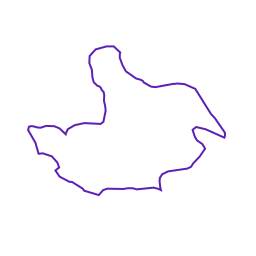 outline of Qazvin, rotated 18°
{"feature_id": "IRN-3235", "entity_name": "Qazvin", "entity_type": "Province", "adm_level": 1, "iso_a3": "IRN", "parent_name": "Iran", "parent_adm1": "", "projection": "natural_earth1", "projection_center": [49.608, 36.125], "detail": "fine", "context": "isolated", "style": "outline", "palette": "violet", "viewbox_px": 256, "rotation_deg": 18, "n_neighbors": 0, "source": "natural_earth", "source_scale": "10m", "svg_char_len": 1207}
<svg xmlns="http://www.w3.org/2000/svg" viewBox="0 0 256 256"><g transform="rotate(18 128 128)"><path d="M89.2,54.8L97.3,58.6L97.4,60.4L98.5,63.8L103.4,70.0L108.6,74.8L120.3,78.4L124.7,78.2L127.4,78.6L129.2,79.9L137.1,81.5L141.4,80.7L157.5,72.0L159.3,71.4L161.2,70.4L168.3,68.8L179.9,70.0L202.8,89.2L207.6,91.8L221.5,102.4L222.6,105.3L222.6,107.4L202.2,105.2L192.5,106.0L190.0,109.8L194.4,115.8L197.6,118.5L203.7,120.3L207.7,123.8L205.0,133.0L200.9,141.6L199.9,145.5L196.9,148.3L179.5,156.9L174.8,161.5L173.7,165.6L174.5,168.9L176.7,173.8L178.5,176.9L176.0,176.5L170.8,176.8L155.4,183.6L151.4,183.8L146.7,185.2L142.2,187.5L127.1,192.1L123.5,194.8L120.9,200.8L105.8,201.2L103.7,199.7L91.4,196.6L89.0,197.3L78.0,195.4L72.1,190.8L74.7,186.8L71.5,182.7L64.3,178.5L54.9,178.4L50.9,180.1L44.5,170.6L33.6,160.8L33.4,157.4L35.2,156.2L37.9,155.6L41.5,155.5L44.7,154.8L49.5,151.3L57.3,149.1L62.9,149.5L70.7,153.2L70.6,152.0L71.1,147.8L76.4,141.8L85.0,136.8L100.7,132.6L102.7,129.7L101.4,118.4L99.4,114.0L96.7,109.5L95.3,104.2L93.7,101.3L91.5,100.1L89.8,98.3L88.2,97.4L85.6,97.2L81.3,95.1L78.5,90.8L75.7,83.9L71.1,78.1L69.3,71.4L72.9,63.3L82.2,57.1L89.2,54.8Z" fill="none" stroke="#5b21b6" stroke-width="2"/></g></svg>